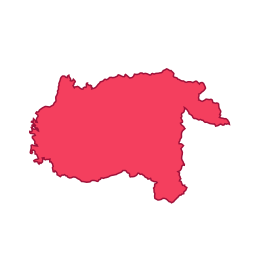 Itapetininga, São Paulo, Brazil (Albers equal-area conic projection), rotated 26°
{"feature_id": "56859067B64120734896846", "entity_name": "Itapetininga", "entity_type": "district", "adm_level": 2, "iso_a3": "BRA", "parent_name": "Brazil", "parent_adm1": "São Paulo", "projection": "albers", "projection_center": [-48.114, -23.635], "detail": "fine", "context": "isolated", "style": "filled", "palette": "rose", "viewbox_px": 256, "rotation_deg": 26, "n_neighbors": 0, "source": "geoboundaries", "source_scale": "gbopen_adm2", "svg_char_len": 5806}
<svg xmlns="http://www.w3.org/2000/svg" viewBox="0 0 256 256"><g transform="rotate(26 128 128)"><path d="M217.5,80.2L216.3,78.6L215.3,78.1L214.1,77.2L212.0,76.7L210.3,77.5L209.0,77.6L207.7,78.1L205.5,78.4L205.6,75.8L204.5,75.8L204.4,73.4L204.0,72.2L201.1,70.2L199.8,68.3L199.0,66.8L198.0,66.4L196.8,66.6L195.9,67.4L193.2,67.9L191.4,65.9L190.0,65.8L189.1,66.6L188.2,67.0L185.5,67.8L184.6,69.6L183.0,71.6L182.0,71.7L180.5,71.6L179.2,71.8L179.0,70.9L178.3,70.2L177.9,69.3L177.7,68.0L176.8,66.4L177.9,65.3L178.5,63.5L179.3,62.1L179.9,60.5L180.1,59.5L180.2,58.2L179.2,57.1L176.3,54.8L174.8,54.6L173.7,55.2L172.9,56.2L172.9,57.2L169.2,55.9L168.1,56.4L166.4,58.7L165.0,58.9L163.9,59.0L161.7,60.1L160.7,61.2L159.6,61.6L157.2,61.4L156.0,62.0L154.8,62.2L152.4,62.0L151.4,62.3L150.3,61.6L148.8,61.7L147.3,62.1L146.1,61.7L145.3,58.9L144.1,58.4L141.4,57.5L140.6,58.1L138.0,57.8L136.8,57.9L135.5,59.9L134.5,60.9L134.4,62.4L133.6,63.8L132.2,64.7L131.3,65.5L129.1,66.7L127.8,68.1L126.0,68.3L125.4,69.1L125.3,70.1L124.5,70.8L121.2,70.9L119.7,71.3L117.9,72.6L116.6,72.4L114.9,73.2L114.3,74.5L113.0,75.7L112.0,76.2L110.2,76.8L110.3,78.9L109.7,80.7L107.7,82.3L102.4,80.9L102.0,81.9L102.5,82.7L102.1,83.6L100.4,84.2L97.5,84.2L95.9,84.5L95.7,86.0L93.9,88.3L92.1,89.5L90.8,89.8L89.4,90.6L88.4,93.1L87.4,94.1L86.4,94.1L85.6,94.6L85.0,96.6L84.3,97.5L83.5,98.1L82.8,98.9L82.8,100.0L82.0,102.1L81.8,103.4L81.1,105.8L80.1,107.1L78.3,108.7L77.9,107.3L76.8,107.2L76.7,106.2L75.5,106.0L74.5,106.7L72.3,106.5L71.9,105.4L71.2,106.0L71.4,107.1L72.2,108.4L72.4,109.9L71.1,110.3L70.2,111.6L70.5,112.6L69.6,113.3L67.5,113.3L66.7,112.9L65.3,112.7L64.2,112.8L63.6,113.6L62.3,114.3L62.1,115.4L61.2,114.9L60.0,114.0L60.3,112.7L59.9,111.6L60.3,109.5L59.6,108.9L57.5,108.1L57.5,109.7L56.6,110.5L55.4,110.7L55.3,109.5L53.9,108.4L52.8,107.9L51.7,106.5L50.9,107.9L51.2,109.4L49.6,109.7L48.5,109.2L47.6,109.4L46.3,110.1L45.7,111.9L45.7,113.3L46.1,114.7L46.4,118.3L47.3,119.8L47.3,121.3L48.6,123.8L48.4,125.7L49.3,126.9L49.6,128.8L49.5,131.6L50.0,132.8L51.2,134.8L51.5,136.2L50.9,136.9L50.7,138.1L50.8,139.9L48.4,143.5L45.4,144.4L44.1,145.0L42.4,147.3L41.0,149.8L40.5,151.1L40.6,152.2L40.0,153.2L38.8,153.6L38.6,155.2L41.3,155.9L42.1,156.9L41.7,159.3L41.9,160.2L42.5,161.4L43.9,162.7L42.3,163.2L41.6,162.1L40.6,161.6L39.0,161.1L39.9,163.9L38.7,164.0L38.5,164.9L40.4,165.0L42.4,165.6L43.5,166.3L42.5,166.8L41.1,166.8L40.5,167.6L41.2,168.6L42.7,167.8L44.0,167.8L45.2,168.5L45.4,169.5L44.1,170.3L42.6,170.3L41.6,169.4L40.9,169.9L41.8,170.6L43.2,172.5L42.6,173.8L41.2,174.1L41.6,175.0L42.7,175.6L44.3,175.0L46.7,174.4L47.9,175.3L45.7,177.3L46.3,178.8L49.4,180.3L50.3,181.0L51.1,183.1L53.3,182.9L54.5,183.9L51.0,185.1L49.2,185.2L48.6,186.1L49.8,188.3L50.8,192.7L51.5,193.4L52.7,193.1L52.8,191.7L51.5,190.9L52.2,189.4L53.3,189.3L54.8,189.8L55.4,191.3L56.0,192.1L56.9,191.7L57.9,192.1L61.0,194.8L60.2,195.8L59.0,196.7L58.1,197.8L57.7,198.7L58.7,199.4L60.7,198.2L62.0,198.2L62.9,199.1L63.9,199.4L64.0,197.7L65.2,197.9L65.7,196.8L66.0,195.9L65.4,194.7L65.3,193.6L64.1,192.5L65.6,191.5L66.3,192.7L67.6,192.9L68.5,192.0L70.5,191.0L71.5,190.2L72.0,191.7L72.6,192.7L73.6,192.1L74.5,192.8L75.7,193.0L76.5,194.2L77.6,195.2L77.4,196.6L78.0,197.5L79.9,200.0L81.0,199.8L81.1,198.5L83.2,199.1L84.4,200.1L84.7,201.1L86.3,201.1L88.5,201.4L89.2,199.3L90.7,198.6L91.4,197.7L93.0,198.2L94.2,197.8L95.2,198.5L97.3,198.5L98.6,197.8L100.2,196.0L102.5,195.2L105.4,195.6L107.0,195.5L109.9,196.4L111.1,195.8L114.5,194.9L116.8,193.5L117.8,192.6L118.0,191.5L119.0,190.7L120.5,190.0L122.1,189.6L123.5,189.5L124.3,189.2L124.6,188.2L124.6,187.2L125.7,186.2L125.7,184.7L127.0,184.2L128.2,183.9L128.8,183.0L130.0,182.2L131.8,180.6L132.8,179.0L133.9,177.9L136.1,176.3L136.7,175.7L137.7,175.1L138.6,173.7L141.2,170.8L141.7,169.8L141.9,168.6L144.1,167.4L145.0,167.4L146.4,168.2L147.4,168.5L148.5,168.2L149.7,168.8L150.3,170.2L151.5,171.0L152.4,170.3L153.3,169.9L154.8,168.9L156.0,167.3L156.5,166.1L156.6,165.1L156.8,164.2L158.0,163.9L159.2,164.4L160.7,163.3L161.7,163.7L163.2,163.7L164.6,164.5L166.5,164.6L167.6,164.5L168.3,165.2L169.8,164.2L170.4,163.4L171.8,164.9L173.9,164.8L175.2,164.7L176.8,164.0L178.0,164.1L177.9,165.1L176.6,166.7L177.7,169.3L177.3,170.8L178.2,171.6L179.6,174.2L180.7,174.9L181.3,176.1L181.6,177.2L182.2,178.3L183.1,179.5L186.5,179.6L187.9,178.7L189.2,177.6L190.1,176.0L191.8,175.2L193.5,175.1L194.9,175.4L197.3,176.2L198.8,175.8L199.8,176.2L200.8,175.0L201.4,174.0L201.5,172.9L202.3,170.9L202.5,169.8L203.2,168.7L203.3,167.4L203.9,165.7L205.1,165.0L205.3,163.9L206.9,162.6L206.2,161.2L207.2,158.5L207.0,155.7L204.5,155.6L204.0,154.6L202.2,155.6L200.0,153.7L199.3,152.9L198.3,152.7L197.4,153.0L197.2,151.7L197.7,150.5L196.6,149.7L196.0,148.8L195.0,148.3L194.4,147.2L194.0,145.8L192.0,145.3L193.0,144.3L193.5,143.2L193.7,141.9L193.7,140.8L193.1,138.7L193.7,137.2L194.9,136.8L194.5,135.8L193.4,135.6L192.9,134.7L190.5,133.0L189.5,131.9L188.6,129.5L188.3,127.9L187.5,125.9L186.4,124.9L184.7,123.5L184.9,122.3L185.6,119.5L184.0,119.0L182.9,118.9L180.8,119.7L180.0,118.3L180.2,116.9L179.8,115.2L180.1,113.9L180.1,112.8L178.7,110.1L178.2,108.5L178.3,106.5L179.5,103.6L178.7,103.3L177.2,102.2L176.2,102.1L174.1,101.5L173.1,100.7L174.4,99.0L174.0,97.9L171.0,95.7L171.4,94.7L171.2,93.7L170.2,92.7L169.9,91.3L170.8,90.1L171.2,88.7L170.8,87.7L170.8,86.3L169.7,84.9L171.1,85.1L173.0,85.7L175.9,87.4L176.6,88.4L178.8,88.5L180.4,88.9L181.8,90.1L183.2,90.5L184.8,89.8L186.0,89.7L187.9,89.8L188.7,89.3L189.5,88.5L190.8,88.6L192.1,88.2L193.1,88.7L194.8,89.1L195.8,88.5L196.7,88.2L199.6,88.1L202.8,87.1L204.0,86.5L205.4,87.3L206.0,87.9L207.8,86.4L209.3,84.0L210.5,83.7L211.5,84.0L212.4,83.6L213.1,82.9L213.2,81.7L214.8,81.4L216.1,80.2L217.5,80.2ZM45.2,168.5L46.2,167.8L47.7,168.5L48.8,169.9L47.4,169.9L46.3,168.7L45.2,168.5Z" fill="#f43f5e" stroke="#9f1239" stroke-width="1.5"/></g></svg>